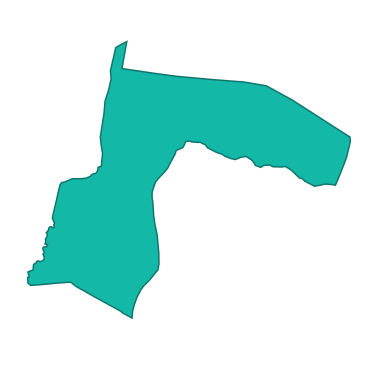 outline of Al Fashaga, Gedarif, Sudan, rotated 101°
{"feature_id": "16777658B79230518314977", "entity_name": "Al Fashaga", "entity_type": "district", "adm_level": 2, "iso_a3": "SDN", "parent_name": "Sudan", "parent_adm1": "Gedarif", "projection": "orthographic", "projection_center": [36.017, 14.347], "detail": "fine", "context": "isolated", "style": "filled", "palette": "teal", "viewbox_px": 384, "rotation_deg": 101, "n_neighbors": 0, "source": "geoboundaries", "source_scale": "gbopen_adm2", "svg_char_len": 2794}
<svg xmlns="http://www.w3.org/2000/svg" viewBox="0 0 384 384"><g transform="rotate(101 192 192)"><path d="M79.2,121.7L74.2,137.4L73.6,139.3L74.1,161.8L77.7,193.0L81.4,229.4L82.7,251.7L84.2,284.3L56.8,284.7L59.1,287.8L60.1,289.0L61.3,290.5L64.8,294.4L71.9,294.6L82.0,295.0L88.9,295.2L96.0,293.0L107.6,293.3L119.3,294.7L131.6,293.4L155.4,292.5L162.4,290.4L171.5,287.1L176.7,286.7L181.2,286.2L184.3,286.0L185.0,287.9L185.7,288.8L187.2,288.8L189.9,288.8L192.2,290.3L193.1,292.4L194.3,294.0L196.2,294.9L197.3,296.7L198.8,299.1L200.0,303.1L201.7,311.7L204.9,316.6L206.4,318.7L206.9,319.5L207.1,320.3L207.3,321.4L208.4,322.1L210.1,322.9L217.6,323.3L226.6,323.5L240.2,324.1L244.5,324.0L246.2,322.8L249.1,320.9L250.4,321.4L251.3,321.3L251.9,320.6L253.2,320.6L253.7,321.4L253.1,322.8L253.2,324.5L254.2,325.4L255.5,325.8L256.4,325.6L257.5,325.7L258.2,326.5L259.8,327.3L260.6,326.1L261.9,325.9L264.2,326.0L266.0,326.9L268.5,326.1L271.1,326.4L271.1,325.3L271.2,323.8L273.6,324.3L273.8,325.5L274.2,326.9L275.2,327.7L276.2,327.6L277.9,326.6L279.0,325.7L280.0,325.5L281.3,326.4L284.1,324.7L285.0,324.5L286.3,324.4L288.2,325.8L289.2,327.4L289.1,328.9L289.0,330.3L290.2,331.3L291.6,331.5L292.3,332.6L293.4,333.7L297.4,333.3L299.0,333.3L300.4,335.8L301.9,337.8L303.7,336.9L306.1,335.6L307.3,337.1L309.8,336.4L312.6,335.7L312.8,335.6L313.7,334.0L314.4,332.8L313.3,328.1L308.6,311.6L308.2,310.8L303.6,293.9L306.8,287.9L314.3,265.4L322.8,238.7L323.0,238.7L324.2,236.4L326.5,229.0L327.2,226.8L320.2,227.6L313.8,227.1L307.6,226.2L304.3,225.6L304.2,225.5L301.9,224.7L301.6,224.6L297.4,223.5L295.7,222.5L293.6,221.7L291.7,220.3L287.2,217.2L279.3,213.0L275.2,210.7L274.8,210.7L273.8,210.6L273.2,210.6L268.9,210.7L258.1,213.0L240.8,218.0L240.6,218.1L230.1,222.5L222.6,225.1L210.0,228.3L205.5,230.0L200.7,231.0L196.9,230.8L193.2,230.3L189.3,229.7L185.4,227.8L184.7,227.3L177.7,222.8L173.2,220.4L168.4,219.1L157.7,215.8L154.2,215.4L154.0,215.2L150.4,209.7L148.0,208.7L144.6,208.1L143.3,207.3L143.2,207.2L142.4,203.2L142.8,202.4L142.9,202.2L142.2,195.4L142.1,195.2L141.5,193.4L142.4,191.3L142.4,191.2L143.0,187.9L145.5,185.4L145.6,185.2L148.4,175.7L148.8,172.8L149.1,169.8L150.6,166.8L150.6,166.7L151.7,160.3L151.9,155.6L150.7,153.8L148.9,151.3L146.9,146.5L146.9,146.4L147.2,144.5L147.3,144.4L149.0,139.9L149.2,139.7L151.3,136.9L151.5,136.7L153.8,134.9L154.7,129.2L152.3,126.8L152.2,126.6L150.7,121.0L150.7,120.9L151.7,117.6L151.7,117.0L150.4,109.0L150.4,108.8L150.3,108.5L149.1,105.3L149.1,105.2L151.5,99.0L151.5,98.8L157.7,89.3L157.7,86.6L159.6,83.7L159.8,83.5L162.9,72.8L162.9,72.7L160.3,66.0L160.1,65.7L159.0,63.8L159.0,63.7L157.8,54.8L157.8,54.7L158.2,52.7L157.8,52.5L150.5,50.9L138.9,48.7L128.8,46.9L112.4,46.2L107.9,47.4L107.9,47.6L82.5,111.4L79.2,121.7Z" fill="#14b8a6" stroke="#0f766e" stroke-width="1.5"/></g></svg>